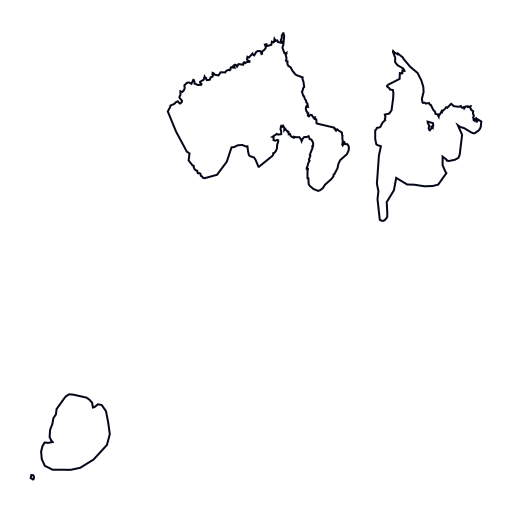 Rewa, Central, Fiji (Equal Earth projection)
{"feature_id": "14151628B39642918357252", "entity_name": "Rewa", "entity_type": "district", "adm_level": 2, "iso_a3": "FJI", "parent_name": "Fiji", "parent_adm1": "Central", "projection": "equal_earth", "projection_center": [178.419, -18.226], "detail": "fine", "context": "isolated", "style": "outline", "palette": "ink", "viewbox_px": 512, "rotation_deg": 0, "n_neighbors": 0, "source": "geoboundaries", "source_scale": "gbopen_adm2", "svg_char_len": 5918}
<svg xmlns="http://www.w3.org/2000/svg" viewBox="0 0 512 512"><path d="M204.6,178.2L217.0,174.8L226.8,161.7L231.5,147.4L234.1,147.1L237.7,145.3L242.3,145.0L246.4,146.6L247.4,146.3L248.1,151.7L248.9,155.0L250.0,156.2L254.0,157.4L255.7,160.1L258.4,166.7L258.9,166.8L272.0,156.2L273.0,155.1L273.3,153.2L273.9,153.3L275.7,151.3L276.9,148.7L277.2,144.4L278.1,142.3L278.2,140.3L277.5,139.9L275.2,140.7L273.5,140.1L273.6,137.0L272.5,136.8L276.9,133.9L278.1,134.6L281.2,134.2L281.2,131.5L280.5,129.2L281.0,126.3L281.2,125.9L282.2,126.8L283.0,125.7L284.4,127.9L284.3,130.1L285.3,129.0L287.7,131.9L288.0,131.5L288.6,132.0L288.7,134.3L290.1,134.1L290.5,135.6L291.5,136.7L293.7,137.7L293.9,136.7L295.6,137.2L299.4,137.2L301.1,139.6L301.6,141.2L302.6,138.9L304.1,137.1L306.7,137.0L308.6,136.2L309.7,139.1L311.4,139.6L313.1,142.6L313.1,145.9L312.2,146.3L312.6,147.7L309.8,154.9L310.4,155.6L308.9,159.8L309.6,160.8L308.3,163.0L307.3,166.8L306.8,167.4L306.7,168.9L307.9,168.9L307.8,169.8L307.5,169.9L307.5,178.2L308.4,178.3L308.6,183.2L308.9,184.6L309.9,186.0L313.6,189.1L318.2,190.9L320.1,190.2L322.9,188.1L325.0,184.7L331.2,179.2L333.4,176.5L333.6,174.6L334.4,174.2L337.5,168.2L338.4,163.9L340.2,160.1L346.9,154.2L348.6,150.4L348.9,148.0L348.6,146.1L347.4,144.2L345.3,144.1L344.2,141.9L343.6,141.9L343.7,144.1L342.7,145.4L342.3,144.5L342.8,141.4L342.3,138.0L342.5,135.5L342.1,134.9L341.8,132.4L338.5,130.5L337.4,129.4L336.6,129.6L336.0,130.6L335.3,129.8L335.3,128.7L334.4,128.6L334.1,127.6L317.1,123.6L316.5,123.2L316.4,119.8L316.2,119.3L314.5,119.0L314.2,118.4L314.9,118.0L315.0,117.3L313.2,117.4L311.8,115.1L310.3,114.8L308.9,116.4L307.8,115.6L308.2,113.2L307.4,113.1L307.2,111.9L306.4,111.2L305.8,108.8L306.1,106.9L307.4,106.9L306.6,106.1L306.9,105.7L307.8,106.5L307.9,106.2L307.5,104.4L307.3,103.3L306.3,102.3L306.0,100.4L304.9,99.1L304.0,96.2L303.2,95.8L301.9,91.5L302.6,90.7L303.2,88.0L304.2,87.0L303.4,81.5L302.4,78.8L302.7,77.4L296.4,75.1L295.3,74.3L292.7,71.1L290.6,67.3L288.3,65.9L287.4,64.0L287.5,61.4L286.5,61.3L285.9,60.6L286.4,59.5L286.4,57.4L285.6,54.8L286.4,53.9L286.5,52.8L285.4,53.5L284.3,53.0L282.4,47.5L283.3,45.0L284.2,36.1L283.3,32.5L282.9,34.2L281.9,35.0L281.7,38.5L280.8,40.0L281.0,41.0L282.5,41.7L282.4,43.0L277.8,42.0L277.4,40.6L277.0,40.3L275.7,40.9L274.5,38.9L274.0,42.0L273.5,42.4L271.9,41.7L271.3,44.8L267.4,46.0L267.0,45.8L266.5,44.2L264.9,44.6L265.8,47.0L265.7,48.0L264.2,50.0L262.0,51.5L262.1,53.7L261.5,54.0L260.9,51.9L259.9,51.0L257.8,51.1L256.3,51.8L254.2,55.4L252.9,54.6L252.5,53.6L248.9,57.5L247.5,56.8L247.0,59.5L248.2,60.8L249.5,61.2L249.4,61.9L247.0,62.0L245.2,63.1L244.3,62.2L243.5,62.7L243.2,64.7L238.5,64.1L237.0,66.6L235.8,64.9L234.9,64.7L234.2,65.1L234.1,66.5L234.6,67.7L233.1,67.5L233.6,66.3L232.9,66.3L231.8,67.5L231.0,67.3L230.6,67.8L230.3,69.9L229.8,70.3L228.4,69.9L227.2,70.4L226.1,71.1L225.2,72.4L220.6,72.3L218.5,75.4L214.7,74.7L213.9,73.5L212.6,72.9L212.5,74.1L212.9,74.1L213.0,75.0L212.5,76.7L210.7,77.3L209.8,79.7L207.0,80.2L206.1,79.1L206.2,78.1L205.2,77.7L204.6,76.6L203.7,79.7L200.1,81.8L200.1,82.6L201.5,84.0L201.2,84.8L197.6,85.0L195.4,83.7L194.6,83.7L194.4,81.4L193.8,80.0L193.3,79.8L191.4,83.8L189.1,82.5L187.1,82.7L184.4,85.3L184.7,88.2L183.9,90.3L182.3,91.9L180.4,91.3L180.5,94.6L179.4,97.1L179.5,97.8L182.0,100.8L181.9,101.9L180.3,103.5L179.6,103.4L177.8,101.3L175.9,102.2L174.3,103.9L170.4,105.6L170.1,107.1L167.8,111.5L176.1,131.7L186.8,151.6L189.5,153.4L188.6,160.4L192.5,165.4L193.7,165.8L193.7,167.3L194.6,169.1L195.3,170.0L197.1,170.7L197.8,173.2L199.7,173.2L200.6,174.1L200.8,175.8L202.1,176.5L203.0,177.8L204.6,178.2ZM481.3,121.5L477.4,119.2L477.8,120.4L476.9,121.7L476.3,121.6L476.0,118.4L474.8,119.1L474.3,120.6L473.7,120.3L473.2,117.2L473.9,115.7L472.9,113.5L473.2,111.2L471.4,110.1L471.3,109.5L470.6,108.9L470.2,107.6L470.6,106.3L467.9,107.0L467.7,106.3L465.6,106.5L464.2,108.4L463.7,107.1L462.2,107.8L461.3,107.2L460.9,106.1L458.7,106.8L453.9,106.2L451.2,103.8L447.2,107.8L446.2,107.2L444.8,109.1L442.8,110.6L442.2,111.9L441.7,111.1L440.0,114.3L439.1,114.4L438.7,116.7L437.5,114.3L435.6,114.0L434.9,111.5L433.4,110.1L430.8,104.9L429.8,104.6L429.1,103.1L425.7,103.5L424.7,102.7L422.9,102.9L422.4,102.2L421.9,98.7L423.6,92.0L423.3,86.8L421.3,80.3L417.6,73.0L410.1,66.7L403.4,58.7L402.9,57.5L397.9,53.5L397.6,54.3L394.5,52.5L393.1,51.0L392.9,51.7L395.2,57.7L395.1,62.1L397.4,65.1L402.9,68.3L404.1,69.8L404.4,70.9L402.4,70.6L402.4,72.7L402.1,72.8L402.3,73.2L402.0,73.5L399.9,73.1L399.6,78.9L388.4,84.6L387.4,85.4L387.0,86.4L389.6,88.5L389.9,89.5L392.9,90.0L393.4,93.4L393.1,98.7L391.5,110.4L389.3,113.5L384.8,114.6L385.5,117.3L384.8,118.8L385.2,120.1L382.5,122.7L380.5,126.7L379.7,127.4L376.8,127.9L376.3,129.4L375.2,130.3L375.2,138.9L376.3,144.2L377.4,145.1L380.9,146.2L378.9,155.7L376.9,183.7L378.4,191.3L377.5,199.2L379.8,219.9L381.9,220.8L383.7,220.8L385.3,219.6L387.2,217.1L387.3,212.8L386.7,202.1L393.9,190.3L396.2,177.9L407.2,184.5L414.2,184.7L424.6,186.3L432.7,186.0L438.2,184.6L446.4,173.1L445.5,171.9L442.6,165.2L442.6,156.6L446.7,159.8L446.8,160.6L448.8,161.0L454.8,159.8L458.5,157.8L459.7,154.6L462.1,134.8L457.8,125.2L460.1,126.9L464.3,128.2L471.2,132.4L473.4,133.3L475.2,133.1L476.1,132.1L478.1,131.0L480.0,128.8L480.8,126.6L481.3,121.5ZM429.4,130.2L428.6,128.2L429.3,125.9L427.7,122.8L427.6,121.6L432.9,123.1L433.3,125.3L432.6,125.8L432.9,126.7L431.7,126.8L432.1,127.7L431.5,127.4L431.3,128.7L430.1,129.6L429.9,130.3L429.4,130.2ZM92.1,402.7L89.2,399.5L86.4,397.6L73.6,394.7L69.2,394.3L65.9,396.3L63.7,399.1L56.6,409.0L55.9,414.4L53.4,418.2L52.3,424.2L50.1,429.8L49.6,437.0L51.2,440.4L52.6,442.0L48.1,442.9L44.6,442.5L42.4,446.3L41.1,451.7L41.8,459.2L44.8,465.8L52.6,469.7L70.8,469.8L80.2,467.8L93.6,459.5L106.9,445.0L109.8,434.2L108.2,422.5L106.0,411.2L101.7,405.0L97.9,404.3L94.5,407.1L92.9,407.5L92.1,402.7ZM33.8,478.7L33.9,476.5L33.2,475.2L31.3,475.0L30.7,478.1L33.1,479.5L33.8,478.7Z" fill="none" stroke="#020617" stroke-width="2"/></svg>